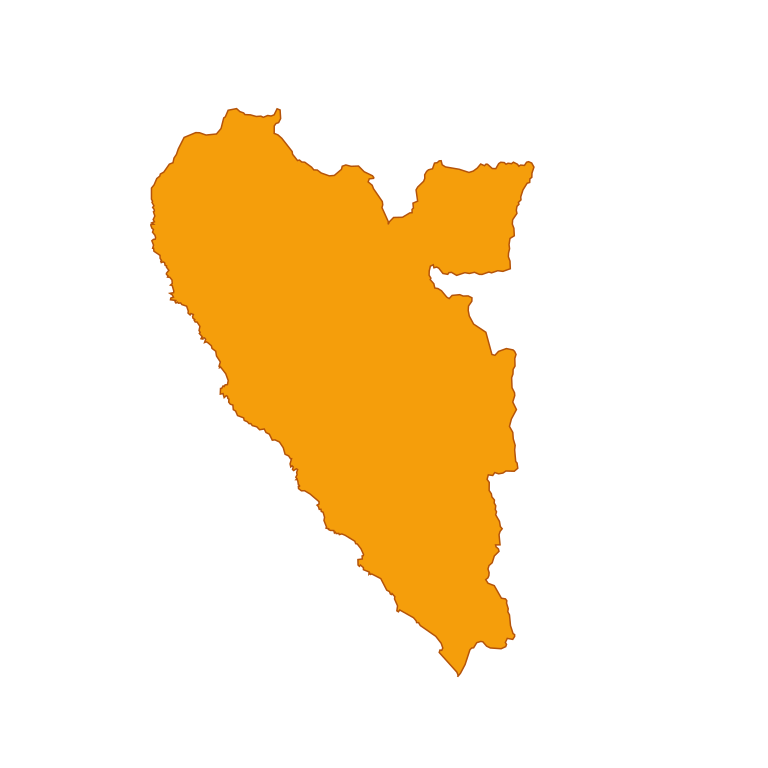 Huarmey, Áncash, Peru (Natural Earth projection), rotated 347°
{"feature_id": "86281439B24455260096548", "entity_name": "Huarmey", "entity_type": "district", "adm_level": 2, "iso_a3": "PER", "parent_name": "Peru", "parent_adm1": "Áncash", "projection": "natural_earth1", "projection_center": [-77.958, -10.151], "detail": "fine", "context": "isolated", "style": "filled", "palette": "amber", "viewbox_px": 768, "rotation_deg": 347, "n_neighbors": 0, "source": "geoboundaries", "source_scale": "gbopen_adm2", "svg_char_len": 6151}
<svg xmlns="http://www.w3.org/2000/svg" viewBox="0 0 768 768"><g transform="rotate(347 384 384)"><path d="M350.0,146.8L346.6,139.6L346.8,136.8L339.7,121.6L336.7,117.4L333.4,115.1L335.1,107.9L337.3,105.9L340.1,105.6L343.0,102.1L344.4,93.6L341.7,91.8L337.5,97.0L334.3,97.5L331.1,96.2L326.4,97.0L324.3,95.3L319.7,94.6L314.4,91.7L309.1,90.2L308.2,88.3L304.9,86.2L302.3,82.5L293.7,82.2L289.5,88.0L287.7,88.7L282.7,98.4L277.0,102.7L266.6,101.4L260.8,97.7L257.1,96.7L244.7,98.8L236.5,108.6L233.4,113.6L230.2,116.6L228.2,120.9L224.3,121.5L217.1,128.0L213.3,129.1L212.3,131.0L208.8,132.7L204.8,138.2L201.5,140.8L199.0,151.6L199.6,153.8L198.8,154.8L199.9,158.6L198.3,159.9L199.3,162.2L199.2,163.8L198.1,164.3L198.5,168.8L196.1,171.8L196.8,174.3L194.0,174.7L195.4,176.5L192.8,176.0L192.5,177.1L192.9,180.0L194.1,181.6L192.6,184.0L194.3,187.6L194.4,190.0L193.6,191.5L191.9,191.2L190.0,192.2L190.7,196.8L189.1,199.7L190.0,200.0L189.7,202.9L194.7,208.3L194.1,211.2L195.0,213.6L194.1,214.2L194.3,215.6L196.2,215.3L197.5,216.4L197.4,219.2L198.7,220.0L198.3,221.2L199.9,224.8L196.9,227.2L196.7,228.3L197.9,230.0L197.1,231.1L199.3,231.9L200.8,235.0L200.3,238.4L198.2,239.6L199.8,240.4L200.1,246.2L199.5,247.7L195.8,247.5L197.7,249.4L198.4,252.0L195.6,252.3L194.9,253.9L199.9,255.8L198.9,256.8L199.5,258.3L201.3,257.8L201.8,259.0L204.1,259.3L204.9,261.1L209.2,263.8L209.7,268.9L209.0,270.8L210.6,273.1L211.7,271.9L213.9,273.4L212.6,275.4L212.7,277.0L214.1,278.6L213.4,279.1L214.0,281.1L215.8,281.6L217.6,286.4L215.8,290.3L216.5,292.3L215.4,293.2L217.4,296.9L215.9,298.7L217.6,299.5L217.9,298.5L219.5,298.7L220.3,300.3L218.5,303.2L220.3,302.9L221.8,304.3L224.4,307.9L224.4,310.6L227.4,314.2L227.1,319.1L229.5,325.7L227.3,329.5L228.0,329.8L227.4,331.1L228.7,330.9L232.1,338.4L233.0,345.6L231.3,349.4L229.0,349.1L227.7,350.5L226.8,349.7L224.9,351.7L223.7,351.6L222.2,357.0L225.0,357.1L225.2,361.3L227.7,359.9L228.7,360.8L228.6,362.9L229.5,363.9L228.6,366.7L229.7,369.1L232.0,370.5L231.4,375.1L233.3,376.9L234.2,381.8L239.6,385.4L239.6,388.0L242.4,390.1L243.6,392.3L245.3,392.6L246.3,394.9L250.4,397.1L252.5,400.6L257.2,400.9L258.1,404.7L261.0,407.1L262.5,413.6L265.2,413.9L269.1,417.0L271.5,423.4L271.8,430.2L274.9,432.6L276.1,435.8L277.1,436.0L274.5,440.7L274.5,443.8L276.0,443.0L276.9,444.4L275.6,446.7L276.5,448.0L279.5,446.9L280.6,447.9L279.0,450.5L278.9,452.9L277.1,455.0L277.9,456.8L276.9,457.4L278.0,457.7L278.2,459.1L277.9,462.8L278.8,463.8L278.6,464.7L277.5,464.6L277.2,466.7L279.5,469.5L282.6,470.1L287.2,474.5L294.2,484.0L293.7,486.3L291.5,487.0L292.5,488.6L292.7,491.6L294.4,491.9L294.2,494.1L295.8,495.2L296.1,500.5L294.8,503.5L295.8,510.3L295.1,511.4L297.5,512.6L297.2,513.3L298.8,514.6L302.1,515.5L302.2,518.0L303.2,517.5L303.8,519.0L306.3,519.4L306.6,520.7L309.2,520.6L312.0,522.6L320.2,530.6L320.5,533.2L322.0,533.9L324.5,539.4L325.7,545.5L325.2,546.6L324.0,546.6L323.5,549.6L319.1,549.2L318.0,554.5L319.0,556.1L320.3,555.1L322.6,558.2L322.2,560.3L327.2,563.8L326.5,566.0L327.7,565.4L328.0,566.5L329.4,566.4L337.1,572.9L340.3,585.5L342.6,587.5L343.0,590.1L344.0,590.8L344.7,590.0L346.7,593.6L345.9,595.8L347.3,603.2L345.5,607.9L346.8,609.2L348.5,607.7L360.2,618.4L362.1,622.1L362.1,623.8L364.0,624.3L365.0,627.5L377.7,641.5L381.4,649.5L381.9,654.5L380.3,656.5L378.7,655.8L377.4,658.0L390.2,681.2L390.7,684.5L389.8,685.8L393.4,683.1L399.9,675.6L408.0,662.2L410.0,661.0L412.0,661.2L416.2,656.9L420.4,656.6L422.3,657.4L425.0,662.5L428.2,665.1L438.6,668.3L443.5,667.3L444.8,665.3L444.1,663.1L446.9,659.6L452.0,661.8L454.5,659.4L454.9,657.6L453.6,656.2L452.9,647.9L454.3,637.2L453.4,633.7L454.5,630.9L454.1,625.1L454.9,622.8L454.0,620.7L450.2,619.1L446.1,605.3L440.6,601.6L439.1,597.5L441.6,596.3L443.1,594.3L444.0,591.4L443.7,587.6L445.5,584.5L449.2,582.5L452.8,576.4L458.4,572.9L458.4,570.5L456.5,567.8L456.5,565.9L460.9,566.8L462.2,556.7L463.9,553.8L466.6,551.6L465.3,549.1L465.6,543.8L463.4,536.6L464.9,533.8L464.2,531.4L465.5,527.8L464.6,524.7L465.5,521.9L463.7,518.2L463.9,515.1L462.5,511.4L464.4,503.5L463.0,500.1L465.2,496.0L469.4,497.6L472.0,495.2L475.5,497.3L479.9,497.5L483.2,496.2L491.3,498.3L495.4,496.2L495.9,491.0L494.9,489.1L496.5,477.5L498.0,473.3L497.6,466.5L498.6,460.1L496.7,453.5L500.3,446.7L507.3,438.7L505.4,430.5L508.8,424.7L509.2,421.9L507.9,416.4L509.8,406.5L511.9,403.3L513.1,398.8L515.7,396.0L517.2,388.5L519.3,384.9L518.6,381.6L517.4,379.8L511.2,377.0L502.9,378.0L498.5,381.0L495.8,379.5L494.9,356.5L484.8,345.8L482.4,337.0L482.6,331.3L483.9,327.0L488.2,323.1L489.1,319.8L485.8,317.1L480.9,316.1L477.9,314.0L470.3,313.0L466.7,315.4L464.7,313.5L461.0,306.1L458.0,303.1L455.1,301.9L455.1,297.5L452.5,292.7L453.5,291.4L452.4,288.2L453.5,284.0L455.7,279.6L458.8,278.9L458.8,282.0L461.6,281.9L463.4,283.4L466.3,289.6L470.8,291.5L472.3,290.1L474.9,290.4L479.2,294.5L487.8,293.7L492.0,295.5L497.3,295.5L501.5,298.6L504.2,299.3L511.4,298.5L513.8,299.9L520.3,299.2L525.2,301.0L533.0,300.1L534.4,292.6L533.8,288.0L534.8,284.4L536.8,280.4L537.2,276.3L539.5,270.5L544.3,268.9L545.6,261.5L545.0,257.1L546.3,252.9L551.9,247.7L552.0,244.5L553.5,240.8L555.9,239.3L555.8,237.3L558.9,235.4L559.3,232.5L563.1,226.1L568.6,220.6L571.3,220.4L572.3,216.9L574.5,215.9L575.6,211.8L578.9,206.4L577.6,201.9L574.9,199.9L572.8,200.0L570.0,202.6L566.3,201.4L564.4,202.1L563.5,199.9L560.0,197.0L557.8,198.0L554.5,196.8L552.3,197.3L551.0,195.3L547.6,194.2L545.3,195.1L541.4,199.3L538.0,198.4L534.3,193.2L532.9,192.7L531.0,193.9L527.7,191.4L523.5,194.6L518.9,196.6L514.4,197.0L505.6,191.7L492.7,186.3L490.0,183.5L489.9,179.3L488.0,179.0L485.7,180.3L482.9,180.1L479.7,185.2L475.5,185.3L473.4,186.4L470.7,189.3L470.0,192.8L468.2,195.4L461.1,199.7L458.9,202.1L457.9,213.4L452.9,214.3L452.2,219.2L450.6,220.2L449.9,223.4L447.6,223.1L439.5,225.7L430.8,223.9L425.8,227.1L424.0,229.4L424.7,226.8L421.7,211.7L423.1,209.1L423.4,205.8L417.7,191.4L417.2,187.7L414.0,183.5L415.8,180.8L420.1,181.3L420.5,180.5L419.6,178.5L412.4,172.7L408.2,165.9L400.9,164.5L396.1,162.0L392.3,162.4L390.8,165.3L382.5,169.6L377.5,168.9L370.3,164.3L367.1,160.5L363.8,159.6L362.2,156.4L356.7,150.1L353.8,149.2L352.0,146.8L350.0,146.8Z" fill="#f59e0b" stroke="#b45309" stroke-width="1.5"/></g></svg>